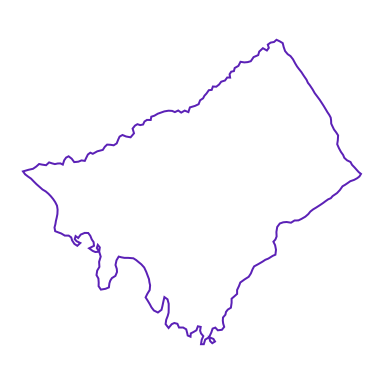 the district of Lagoa dos Patos, Minas Gerais, Brazil
{"feature_id": "56859067B26771280465753", "entity_name": "Lagoa dos Patos", "entity_type": "district", "adm_level": 2, "iso_a3": "BRA", "parent_name": "Brazil", "parent_adm1": "Minas Gerais", "projection": "orthographic", "projection_center": [-44.664, -17.012], "detail": "fine", "context": "isolated", "style": "outline", "palette": "violet", "viewbox_px": 384, "rotation_deg": 0, "n_neighbors": 0, "source": "geoboundaries", "source_scale": "gbopen_adm2", "svg_char_len": 3992}
<svg xmlns="http://www.w3.org/2000/svg" viewBox="0 0 384 384"><path d="M55.2,231.2L58.6,232.5L61.3,233.5L64.8,235.6L68.7,235.6L71.2,237.4L72.1,240.4L74.4,243.9L77.3,245.8L80.3,243.0L76.6,241.2L74.7,239.1L75.6,236.1L78.2,238.0L80.7,234.6L84.7,232.9L88.2,233.0L90.3,235.8L91.8,239.5L93.6,242.1L94.0,245.8L89.1,248.3L92.7,250.9L95.3,252.0L99.2,251.7L100.7,256.6L99.1,261.8L99.4,266.9L97.2,270.6L96.5,275.1L98.4,278.5L98.7,282.5L98.6,286.2L100.9,289.6L105.5,288.8L108.9,287.4L109.4,283.3L110.3,280.6L111.9,278.1L115.4,275.9L117.0,272.0L116.8,268.9L115.5,265.0L116.5,260.3L118.7,256.6L121.4,257.3L124.6,257.9L128.6,257.9L133.4,258.3L136.2,260.1L138.6,262.1L141.3,264.3L144.2,267.5L146.3,272.0L147.6,275.5L149.0,279.2L149.4,282.2L150.1,285.3L149.7,290.0L147.3,293.9L145.6,297.4L147.6,300.5L149.8,304.2L151.5,307.4L153.9,310.5L157.9,312.5L161.5,309.8L162.4,306.2L163.3,301.9L164.4,297.1L167.5,299.3L168.7,303.8L168.7,309.1L168.6,312.7L167.7,316.0L166.2,319.8L165.6,324.1L168.6,328.0L171.7,324.2L174.3,323.0L177.4,323.8L179.0,327.5L183.1,327.5L186.2,329.3L187.1,332.7L187.7,335.5L190.5,336.7L190.8,333.4L193.5,332.0L196.4,330.3L197.9,326.3L200.7,326.9L200.1,330.7L201.0,333.4L203.3,336.1L201.7,339.8L201.0,344.2L203.8,344.2L205.2,339.6L209.1,337.2L211.3,332.5L212.6,328.6L215.3,327.6L217.8,330.3L221.9,329.8L224.2,326.9L223.2,323.6L222.8,320.6L223.0,317.5L225.4,314.7L226.0,311.9L227.8,309.6L230.9,307.7L231.6,302.8L231.6,298.7L234.4,296.3L237.1,293.9L237.1,290.0L239.0,286.0L240.3,282.5L244.6,279.4L248.7,276.8L250.9,273.4L252.5,269.4L254.1,266.4L258.5,264.0L262.6,261.6L265.3,259.8L268.3,258.6L272.8,255.8L275.4,254.7L276.0,249.8L275.1,245.2L273.4,241.7L275.4,239.5L276.6,236.5L276.4,232.0L277.2,227.0L279.8,223.5L283.2,222.3L286.6,222.0L291.0,222.7L294.5,220.5L298.4,220.4L301.5,218.9L305.3,216.7L308.3,214.1L310.3,211.6L313.1,209.4L316.1,207.6L320.0,205.1L323.1,203.0L325.5,201.2L328.2,199.3L330.8,198.2L332.6,196.1L337.0,193.1L339.9,190.0L342.5,186.3L345.1,184.8L347.6,183.1L350.3,181.2L354.1,179.9L357.2,178.2L359.4,176.5L361.0,173.9L358.8,172.2L356.9,170.1L354.7,167.6L352.0,164.8L350.5,162.0L347.0,160.3L344.3,157.8L343.1,154.9L341.0,152.0L338.9,148.1L337.2,144.2L337.8,140.3L338.1,135.4L336.2,132.4L334.0,129.5L332.5,126.4L331.2,123.6L331.1,120.5L330.7,117.6L329.2,114.8L327.5,112.3L325.9,109.6L323.6,105.8L321.6,102.7L319.7,99.8L317.1,96.3L314.7,93.1L312.6,89.4L309.8,85.2L307.9,82.8L306.5,79.7L303.8,75.8L301.4,72.1L298.8,68.8L297.0,66.4L295.2,63.4L293.0,59.3L290.5,56.1L287.7,54.2L285.1,51.1L283.7,47.1L282.7,43.1L279.7,41.3L276.5,39.8L274.0,42.0L270.6,42.6L267.8,44.6L268.8,47.9L266.9,50.5L262.9,48.2L259.2,51.6L258.2,55.1L253.6,57.1L250.8,61.2L247.7,62.1L244.3,62.4L240.5,61.8L238.4,65.9L234.7,68.0L233.9,71.1L231.2,71.7L229.6,74.2L230.1,77.6L227.2,77.5L225.0,80.5L221.2,81.7L219.1,84.5L216.3,86.7L212.9,86.5L211.7,89.9L208.8,90.2L206.5,93.5L204.4,95.8L203.1,98.3L200.1,100.3L198.6,104.2L195.0,105.9L189.9,107.4L188.4,112.1L184.7,110.6L181.2,112.6L178.2,110.5L174.9,112.1L172.1,110.9L168.5,110.7L164.3,111.4L160.9,112.6L157.8,113.7L154.4,115.7L151.3,116.7L150.7,120.0L147.0,119.9L144.5,121.5L143.1,124.5L140.2,125.1L137.4,124.2L135.0,125.6L132.6,128.6L134.0,133.3L130.6,137.3L126.1,136.5L122.4,135.0L119.6,136.6L118.3,139.4L116.7,143.4L113.7,145.3L110.6,144.8L107.1,144.6L104.8,146.8L102.8,149.9L97.3,151.3L92.8,153.8L90.3,152.7L87.9,154.5L86.1,158.1L84.8,160.9L81.5,160.4L78.3,161.7L74.2,162.1L71.7,158.7L68.6,156.3L66.1,157.6L64.2,160.3L62.8,164.6L60.4,163.4L57.7,163.5L54.9,164.1L52.2,163.4L49.1,162.4L46.1,165.2L42.0,164.6L39.1,164.0L36.2,166.6L33.0,168.8L28.5,169.8L23.0,171.4L25.1,174.3L28.1,176.6L31.0,178.6L33.7,181.4L36.5,184.2L39.8,187.1L42.5,189.5L45.7,191.4L48.4,193.7L50.8,196.2L53.1,199.0L55.2,202.1L57.0,205.7L57.6,209.6L57.4,214.1L56.6,218.1L55.9,221.0L55.4,224.2L54.5,227.5L55.2,231.2ZM99.2,251.7L96.8,248.0L97.8,244.9L99.8,247.4L99.2,251.7ZM209.1,337.2L210.2,341.2L212.3,343.2L215.0,341.5L213.4,338.9L209.1,337.2Z" fill="none" stroke="#5b21b6" stroke-width="2"/></svg>